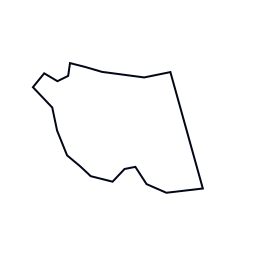 map outline of Qrendi (Mercator projection), rotated 237°
{"feature_id": "MLT-5972", "entity_name": "Qrendi", "entity_type": "state/province", "adm_level": 1, "iso_a3": "MLT", "parent_name": "Malta", "parent_adm1": "", "projection": "mercator", "projection_center": [14.452, 35.828], "detail": "fine", "context": "isolated", "style": "outline", "palette": "ink", "viewbox_px": 256, "rotation_deg": 237, "n_neighbors": 0, "source": "natural_earth", "source_scale": "10m", "svg_char_len": 403}
<svg xmlns="http://www.w3.org/2000/svg" viewBox="0 0 256 256"><g transform="rotate(237 128 128)"><path d="M151.8,194.0L36.5,157.8L52.8,124.9L70.8,113.0L91.4,113.0L95.5,102.8L91.4,85.8L107.9,70.5L121.7,67.1L138.2,62.0L164.4,67.1L186.4,75.6L214.0,70.5L219.5,87.5L205.7,94.3L204.3,106.2L214.0,114.7L203.0,124.9L189.2,136.8L161.6,169.1L151.8,194.0Z" fill="none" stroke="#020617" stroke-width="2"/></g></svg>